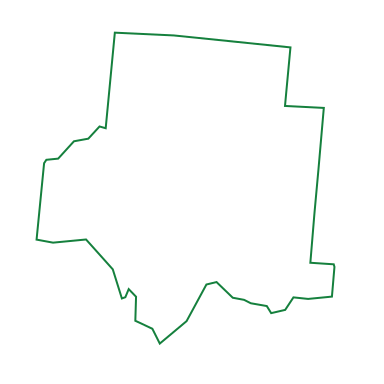 Russell, Alabama, United States of America (Mercator projection), rotated 96°
{"feature_id": "52423323B77789245141210", "entity_name": "Russell", "entity_type": "district", "adm_level": 2, "iso_a3": "USA", "parent_name": "United States of America", "parent_adm1": "Alabama", "projection": "mercator", "projection_center": [-85.086, 32.286], "detail": "fine", "context": "isolated", "style": "outline", "palette": "green", "viewbox_px": 384, "rotation_deg": 96, "n_neighbors": 0, "source": "geoboundaries", "source_scale": "gbopen_adm2", "svg_char_len": 743}
<svg xmlns="http://www.w3.org/2000/svg" viewBox="0 0 384 384"><g transform="rotate(96 192 192)"><path d="M281.4,41.9L256.5,42.4L251.6,42.5L249.1,43.5L250.0,66.9L200.1,68.0L156.3,68.6L94.6,69.7L96.7,108.5L81.6,108.7L37.9,109.2L38.2,226.5L41.6,285.4L51.4,285.3L137.6,284.5L136.5,290.8L149.8,300.7L153.9,314.7L172.8,328.6L175.2,340.2L178.8,342.1L255.6,341.6L256.9,324.9L250.3,292.4L277.2,262.7L305.2,250.6L303.6,247.3L295.2,244.8L302.0,236.7L326.0,234.9L328.0,229.0L332.2,217.1L346.1,208.2L321.0,183.9L308.2,178.6L282.5,168.0L279.0,158.2L292.9,140.4L293.8,129.0L294.2,127.9L296.5,121.9L297.6,105.7L304.2,100.6L299.5,87.0L286.2,80.1L286.2,65.3L285.9,63.9L282.0,44.8L281.9,44.4L281.4,41.9Z" fill="none" stroke="#15803d" stroke-width="2"/></g></svg>